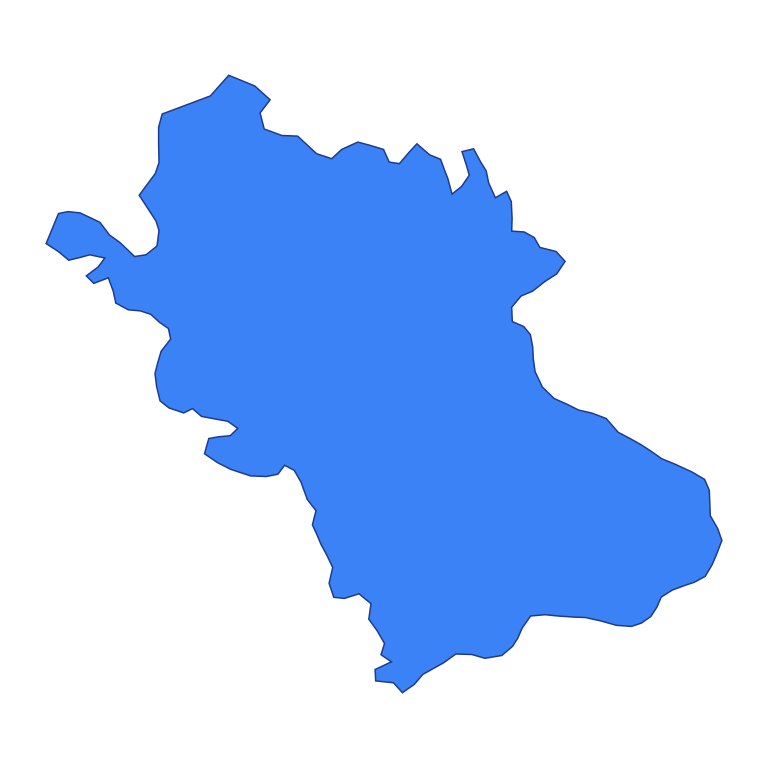 Grupiara, Minas Gerais, Brazil
{"feature_id": "56859067B48235881193791", "entity_name": "Grupiara", "entity_type": "district", "adm_level": 2, "iso_a3": "BRA", "parent_name": "Brazil", "parent_adm1": "Minas Gerais", "projection": "albers", "projection_center": [-47.765, -18.488], "detail": "fine", "context": "isolated", "style": "filled", "palette": "blue", "viewbox_px": 768, "rotation_deg": 0, "n_neighbors": 0, "source": "geoboundaries", "source_scale": "gbopen_adm2", "svg_char_len": 2288}
<svg xmlns="http://www.w3.org/2000/svg" viewBox="0 0 768 768"><path d="M402.4,692.7L414.4,684.3L422.8,674.4L432.6,668.9L443.6,662.8L455.8,654.0L471.9,654.5L484.9,658.3L501.8,655.5L512.6,646.3L517.9,637.9L522.2,628.0L530.6,616.0L545.0,614.7L558.1,616.0L574.0,617.1L585.4,617.5L601.1,621.0L616.3,625.3L631.4,626.4L641.4,623.1L650.8,616.5L656.9,607.2L661.2,597.1L672.2,590.1L684.6,585.5L694.2,582.3L705.2,576.3L711.9,565.1L716.2,555.3L721.9,540.4L717.6,528.4L710.3,515.7L709.3,490.4L704.6,479.4L692.2,472.1L675.3,464.3L661.6,458.7L652.3,452.1L641.5,445.0L630.9,439.0L618.2,432.3L606.2,418.5L591.8,413.1L578.7,410.1L566.7,404.1L554.1,398.5L542.4,387.1L535.1,371.7L533.3,359.0L532.7,346.9L530.4,334.7L523.7,326.5L512.3,321.6L511.7,307.2L521.1,296.0L532.7,291.1L544.7,281.6L556.7,273.9L565.1,261.4L556.1,251.5L539.8,247.4L534.3,237.6L524.3,232.0L511.7,231.1L512.1,218.4L511.3,201.7L506.6,191.3L495.4,197.8L488.7,183.0L486.2,170.9L480.7,162.1L473.6,148.8L462.0,151.6L466.3,164.9L469.3,175.2L461.6,186.4L452.0,194.1L447.9,178.7L444.2,169.2L440.6,159.3L429.6,154.8L416.9,143.8L408.8,152.6L399.4,163.6L389.2,162.1L383.5,149.4L368.4,144.9L357.8,142.1L341.7,149.4L331.7,158.7L316.6,153.7L297.6,136.1L281.9,135.5L264.2,129.0L260.1,112.9L270.1,99.8L254.8,86.0L228.7,75.3L210.4,95.9L162.2,114.0L158.6,127.3L158.6,142.2L159.0,162.6L155.3,173.5L139.2,195.2L156.0,221.0L159.0,230.5L157.0,246.0L146.0,254.8L134.6,256.5L119.9,242.5L109.5,235.0L99.9,222.3L80.1,212.9L68.1,211.6L58.5,213.5L46.1,243.6L58.5,251.6L68.7,260.2L79.5,257.6L89.9,254.8L104.8,258.0L98.3,266.8L86.3,275.9L93.8,283.4L108.3,277.8L113.2,291.1L115.8,303.1L128.3,309.8L140.3,310.9L150.7,314.3L159.7,322.5L168.4,328.5L170.7,339.0L161.1,351.3L157.6,363.3L155.0,373.4L156.6,386.5L160.1,400.9L169.1,408.0L183.7,412.9L192.5,408.6L201.5,416.4L214.7,418.9L227.8,421.3L237.8,428.4L230.2,435.7L218.4,436.8L208.8,438.5L204.5,453.8L217.8,462.8L230.4,469.2L240.8,472.7L250.6,475.9L266.3,476.5L277.9,474.2L284.6,465.3L294.2,470.3L300.9,481.9L307.3,499.5L316.0,510.7L312.4,524.9L316.6,533.9L320.9,544.2L326.6,554.7L332.7,567.4L329.1,583.3L333.8,597.3L344.4,598.4L359.0,593.8L371.0,603.7L368.8,619.2L377.2,630.8L384.5,643.5L381.0,654.7L391.4,661.8L375.1,669.5L375.7,680.9L393.5,682.8L402.4,692.7Z" fill="#3b82f6" stroke="#1e3a8a" stroke-width="1.5"/></svg>